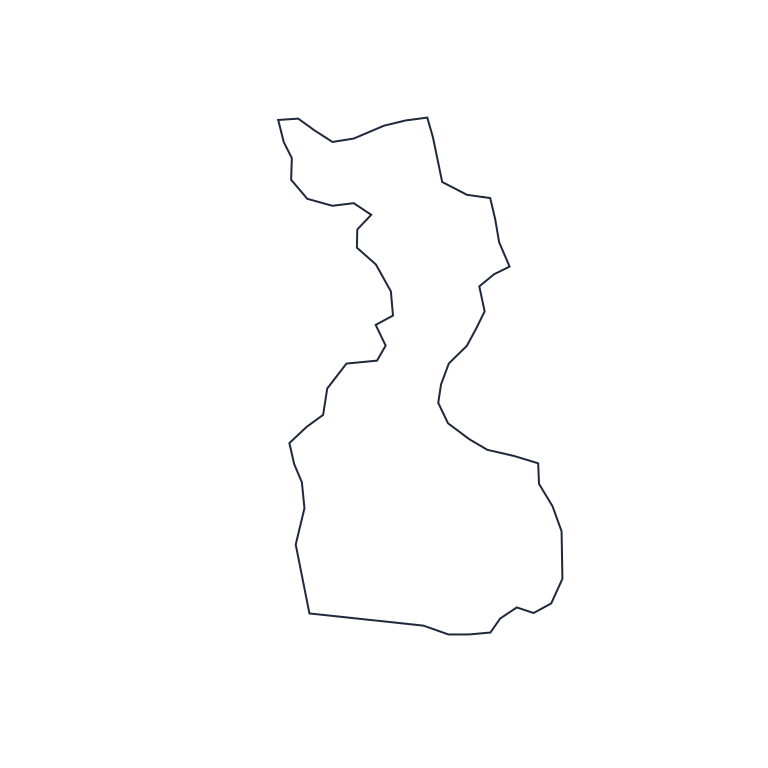 outline of Bayeux, Paraíba, Brazil, rotated 324°
{"feature_id": "56859067B44208898330061", "entity_name": "Bayeux", "entity_type": "district", "adm_level": 2, "iso_a3": "BRA", "parent_name": "Brazil", "parent_adm1": "Paraíba", "projection": "orthographic", "projection_center": [-34.916, -7.125], "detail": "fine", "context": "isolated", "style": "outline", "palette": "slate", "viewbox_px": 768, "rotation_deg": 324, "n_neighbors": 0, "source": "geoboundaries", "source_scale": "gbopen_adm2", "svg_char_len": 970}
<svg xmlns="http://www.w3.org/2000/svg" viewBox="0 0 768 768"><g transform="rotate(324 384 384)"><path d="M575.6,193.9L556.4,183.5L535.8,175.0L503.7,167.6L484.6,157.9L476.8,137.9L470.6,118.9L453.6,108.2L445.1,129.3L442.2,147.1L428.9,164.2L430.8,189.1L447.0,209.5L465.8,219.9L473.1,239.6L453.2,243.3L442.2,257.8L447.7,282.6L444.0,313.1L431.5,333.9L412.0,331.3L407.9,353.9L392.1,361.0L365.6,345.4L335.4,354.3L316.6,373.2L296.3,373.2L272.7,376.2L264.3,395.9L259.8,415.2L246.6,437.8L218.2,462.0L188.8,525.8L273.9,602.7L289.0,624.6L305.9,636.8L324.0,647.6L340.2,642.0L360.1,642.8L370.4,657.2L390.3,659.8L413.8,646.5L425.3,630.1L441.1,607.5L448.5,581.9L450.7,555.9L462.1,538.8L447.0,518.8L428.9,498.0L420.5,478.7L412.7,453.4L416.8,431.1L430.0,417.8L448.5,405.5L473.5,401.8L491.2,393.3L508.1,384.4L518.5,361.0L537.6,359.9L554.6,362.8L560.5,336.9L570.8,316.1L579.2,296.0L562.3,279.7L549.8,254.8L568.6,213.2L575.6,193.9Z" fill="none" stroke="#1e293b" stroke-width="2"/></g></svg>